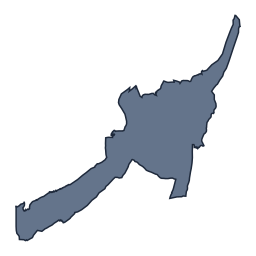 outline of Karatu, Arusha, United Republic of Tanzania
{"feature_id": "72390352B22674606658861", "entity_name": "Karatu", "entity_type": "district", "adm_level": 2, "iso_a3": "TZA", "parent_name": "United Republic of Tanzania", "parent_adm1": "Arusha", "projection": "equal_earth", "projection_center": [35.413, -3.487], "detail": "fine", "context": "isolated", "style": "filled", "palette": "slate", "viewbox_px": 256, "rotation_deg": 0, "n_neighbors": 0, "source": "geoboundaries", "source_scale": "gbopen_adm2", "svg_char_len": 5721}
<svg xmlns="http://www.w3.org/2000/svg" viewBox="0 0 256 256"><path d="M214.0,112.5L213.8,111.3L214.0,110.1L214.2,109.7L215.6,108.0L216.0,106.9L216.1,106.1L216.0,105.0L215.9,103.6L214.3,99.6L214.3,94.9L211.6,91.3L213.9,87.9L216.2,85.1L217.4,84.2L219.8,80.0L222.7,76.0L223.8,72.2L226.3,68.4L228.9,61.3L233.6,47.0L236.9,37.4L238.5,32.5L238.6,28.5L239.4,26.5L240.1,26.4L239.8,25.3L239.3,19.8L235.7,15.5L235.0,15.4L234.2,18.6L233.1,20.1L233.2,24.4L231.4,28.2L230.0,31.7L226.0,42.3L222.5,53.9L217.9,60.5L211.9,64.7L206.7,70.3L203.1,71.3L202.6,70.6L202.0,71.1L201.7,71.2L201.6,71.3L201.5,72.7L201.7,73.3L201.9,74.1L201.4,73.8L201.1,73.6L200.8,73.6L200.1,74.1L199.4,73.9L199.0,74.1L198.9,74.3L198.5,74.5L198.4,74.7L198.2,74.6L195.5,75.7L194.6,75.8L193.1,76.6L192.3,77.7L191.3,79.6L191.2,80.2L190.9,80.8L190.7,81.2L190.0,81.5L189.5,81.5L188.7,81.0L187.6,80.6L183.4,80.5L182.4,80.7L182.0,80.8L181.6,81.1L180.0,83.4L179.5,82.1L176.5,81.0L173.7,80.3L174.0,81.3L174.1,82.2L172.2,82.1L168.0,82.4L166.7,82.1L163.8,81.0L163.5,81.4L163.0,82.6L161.4,85.4L160.9,87.0L160.9,87.8L160.2,88.8L160.0,89.1L159.4,89.3L158.9,89.6L158.5,90.2L157.8,90.3L157.2,90.8L157.0,91.3L156.5,91.7L156.6,92.5L156.4,92.9L156.2,93.0L156.1,92.8L155.8,92.2L155.5,92.4L155.6,93.3L156.4,95.4L154.6,94.7L153.4,93.4L151.9,93.4L148.8,94.4L145.0,94.3L143.4,94.8L142.4,95.7L141.9,97.5L140.1,96.2L138.5,92.1L136.8,88.0L136.2,85.6L136.2,86.3L135.9,87.3L135.6,86.0L131.9,89.2L129.3,91.2L129.5,90.6L129.7,87.6L127.5,89.5L121.4,93.9L118.9,99.4L118.5,102.6L119.2,104.8L121.9,108.9L124.9,114.0L125.4,115.8L126.6,121.2L126.6,123.9L126.0,125.6L125.2,126.6L124.1,129.9L124.1,130.2L123.9,130.5L122.3,131.0L122.1,130.9L120.7,131.0L120.2,130.9L117.5,131.0L115.7,131.1L115.6,131.3L115.2,131.2L115.0,130.8L114.6,130.4L114.1,130.4L112.7,131.7L112.8,131.9L112.7,132.2L112.4,132.1L112.1,132.7L112.0,133.1L111.7,133.2L111.4,133.7L111.3,134.5L111.1,135.0L111.2,135.4L111.4,135.5L112.3,134.9L112.8,134.4L113.5,134.1L114.4,134.2L114.5,134.5L114.3,134.7L113.9,134.7L113.6,135.0L113.8,135.5L113.0,135.9L112.7,136.2L112.5,137.1L112.5,137.4L112.2,137.3L111.0,137.4L108.4,137.3L107.0,137.5L105.7,137.8L105.5,143.6L105.6,145.8L105.4,147.8L105.7,150.4L106.0,154.6L106.7,157.5L106.4,157.8L105.1,159.8L101.7,162.3L98.7,163.7L97.2,163.8L94.9,166.3L94.8,167.1L91.1,168.6L86.0,172.8L82.6,175.3L77.7,179.5L69.9,184.8L69.5,184.6L68.9,184.7L68.7,184.6L68.2,185.0L67.7,185.1L67.6,185.5L66.6,185.6L66.0,186.2L65.5,186.2L65.0,186.9L64.8,186.9L64.4,187.1L63.8,187.2L63.4,187.6L62.7,187.7L62.4,188.0L62.1,188.2L61.8,188.6L61.4,188.5L61.1,188.8L60.6,188.6L60.0,188.7L59.9,188.9L60.0,189.3L59.2,189.5L58.4,189.7L57.0,190.6L56.4,190.5L56.7,191.0L56.4,191.3L56.2,191.3L55.8,190.8L55.5,190.8L55.2,191.0L54.4,191.5L54.3,191.8L54.1,191.8L53.9,191.1L53.6,191.0L53.3,191.4L53.1,192.0L52.8,192.0L52.3,191.8L52.1,191.8L52.3,192.3L52.1,192.4L51.1,192.4L50.1,191.7L49.8,191.7L49.4,191.9L49.3,192.1L49.5,192.7L48.3,193.1L43.6,196.5L42.4,196.8L40.4,197.7L38.3,199.0L37.8,199.5L37.0,199.6L36.7,199.7L37.0,200.1L36.6,200.3L35.9,200.2L34.9,200.8L33.2,201.3L32.6,201.7L31.7,202.5L30.5,204.2L30.4,204.4L30.2,204.4L29.9,204.9L29.8,205.6L29.5,207.0L29.5,207.8L29.6,208.0L29.5,208.7L28.6,209.5L28.2,209.4L28.0,209.0L27.9,209.0L27.3,209.3L26.1,210.4L25.5,210.7L25.1,210.6L25.1,210.3L24.9,210.6L24.8,210.4L24.6,210.5L24.5,210.8L24.0,210.9L23.8,210.7L23.7,210.2L23.4,209.9L23.0,208.9L23.1,208.2L23.0,207.6L23.7,206.9L24.4,205.4L24.5,203.5L24.3,202.3L24.1,202.3L24.0,202.8L23.7,203.1L22.9,203.6L20.6,204.3L19.7,205.3L19.0,205.9L18.0,206.4L17.7,206.8L16.8,206.8L16.2,206.6L16.2,206.4L15.9,206.4L16.1,208.2L16.1,214.2L16.1,226.4L16.3,230.5L16.9,233.4L18.1,234.8L19.2,236.4L19.4,239.5L23.9,239.7L25.4,240.6L26.5,239.9L27.1,240.5L32.4,237.6L33.6,235.1L37.4,230.4L41.9,231.3L45.2,228.7L46.0,228.4L47.9,227.4L48.3,227.0L52.1,225.0L54.3,223.1L56.9,221.5L58.6,220.1L58.9,220.2L59.3,220.8L59.9,220.2L60.6,220.7L60.8,220.2L61.3,220.8L61.7,220.5L62.0,221.2L62.4,221.3L62.5,221.6L62.8,221.7L63.0,222.3L63.2,222.7L63.7,222.7L65.0,222.1L69.3,219.0L70.3,218.1L70.7,217.4L74.7,213.5L74.7,212.5L77.6,211.9L81.5,209.8L87.3,205.4L92.0,200.2L96.4,196.9L99.0,192.9L104.9,188.7L105.9,186.4L108.0,184.7L113.3,179.0L115.1,177.3L117.6,177.4L119.2,178.0L121.8,177.6L122.9,175.4L124.9,173.1L128.0,167.2L128.0,166.8L128.3,166.4L128.7,164.8L129.1,164.0L131.4,160.7L131.9,159.7L132.2,159.5L133.9,160.1L134.5,160.7L134.7,161.2L135.1,161.6L136.6,161.9L137.1,162.2L138.2,163.2L139.3,164.5L142.6,166.4L144.7,168.3L146.0,169.9L146.7,170.4L148.8,171.3L151.4,172.2L154.6,173.7L155.8,174.2L156.8,174.4L157.3,174.6L158.6,176.3L160.4,177.9L161.7,178.3L164.0,178.4L165.4,178.6L166.5,178.6L168.0,178.6L170.7,178.1L172.6,178.1L174.1,178.9L175.8,179.3L173.5,188.2L172.9,190.1L171.7,192.6L172.0,193.0L171.1,194.5L170.3,196.5L169.8,198.4L176.9,196.9L181.8,196.7L183.0,196.0L185.8,196.2L185.9,195.2L186.3,191.8L186.5,191.1L186.9,190.5L187.4,189.4L187.5,188.1L187.4,186.2L187.5,185.6L188.6,182.8L189.3,180.4L189.5,178.0L190.5,171.8L191.2,168.5L192.0,163.0L192.4,157.7L192.3,151.6L192.5,144.6L193.8,144.6L194.2,145.2L194.3,147.2L194.5,147.1L194.7,146.7L194.8,146.8L195.0,147.3L195.4,147.0L195.6,147.1L195.8,147.7L196.0,147.7L196.6,147.2L196.8,148.0L197.1,147.9L197.7,148.6L197.9,148.2L198.1,148.1L198.0,147.5L198.1,147.3L199.2,147.4L200.3,145.9L200.9,145.5L201.6,145.4L203.0,146.1L203.3,146.0L203.9,145.7L203.3,144.3L202.9,143.7L202.4,142.4L201.8,141.5L201.7,140.1L201.9,139.0L202.7,136.9L204.0,134.0L205.1,133.2L206.1,131.9L206.4,131.3L206.5,130.0L206.3,128.0L206.6,127.2L206.6,125.8L207.0,122.4L208.0,121.0L208.8,119.4L210.8,117.3L211.1,116.3L211.1,114.9L211.4,113.9L212.0,113.4L213.1,113.3L213.5,112.8L213.7,113.1L214.0,112.5Z" fill="#64748b" stroke="#1e293b" stroke-width="1.5"/></svg>